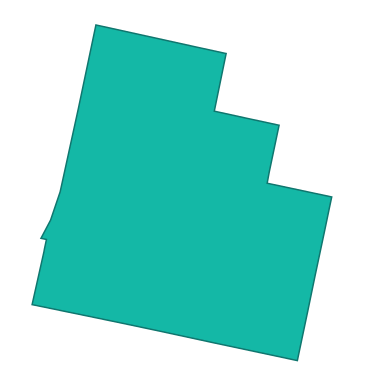 Winston, Mississippi, United States of America (Equal Earth projection), rotated 102°
{"feature_id": "52423323B31713445578936", "entity_name": "Winston", "entity_type": "district", "adm_level": 2, "iso_a3": "USA", "parent_name": "United States of America", "parent_adm1": "Mississippi", "projection": "equal_earth", "projection_center": [-89.02, 33.103], "detail": "fine", "context": "isolated", "style": "filled", "palette": "teal", "viewbox_px": 384, "rotation_deg": 102, "n_neighbors": 0, "source": "geoboundaries", "source_scale": "gbopen_adm2", "svg_char_len": 508}
<svg xmlns="http://www.w3.org/2000/svg" viewBox="0 0 384 384"><g transform="rotate(102 192 192)"><path d="M179.4,54.3L167.8,54.3L167.8,120.3L156.4,120.6L108.6,120.7L108.5,154.0L108.3,187.0L49.5,187.4L49.3,220.0L48.6,320.7L133.9,320.5L219.3,321.0L249.0,324.5L268.7,330.1L268.7,324.5L274.3,324.5L277.8,324.5L281.2,324.4L335.4,325.0L335.4,323.9L334.9,243.0L334.8,202.2L335.0,138.8L335.0,53.9L285.7,54.0L285.1,54.0L248.6,54.2L204.7,54.2L179.4,54.3Z" fill="#14b8a6" stroke="#0f766e" stroke-width="1.5"/></g></svg>